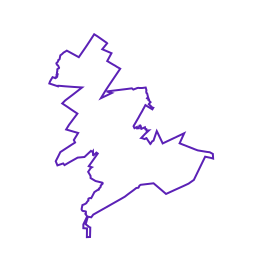 the district of Cerritos, San Luis Potosí, Mexico, rotated 258°
{"feature_id": "50627088B46085416470033", "entity_name": "Cerritos", "entity_type": "district", "adm_level": 2, "iso_a3": "MEX", "parent_name": "Mexico", "parent_adm1": "San Luis Potosí", "projection": "equal_earth", "projection_center": [-100.272, 22.419], "detail": "fine", "context": "isolated", "style": "outline", "palette": "violet", "viewbox_px": 256, "rotation_deg": 258, "n_neighbors": 0, "source": "geoboundaries", "source_scale": "gbopen_adm2", "svg_char_len": 4260}
<svg xmlns="http://www.w3.org/2000/svg" viewBox="0 0 256 256"><g transform="rotate(258 128 128)"><path d="M217.8,123.0L218.3,122.5L220.9,120.1L224.1,117.1L226.7,114.4L220.8,108.5L215.9,103.5L207.5,94.6L214.8,86.1L216.4,84.2L215.9,82.9L215.1,80.5L214.2,79.2L213.1,76.9L209.6,75.4L209.2,74.9L208.9,73.9L208.2,73.7L207.0,72.7L206.5,71.7L206.2,71.4L204.8,71.6L203.6,72.6L201.3,73.1L200.8,72.8L200.3,71.2L199.4,70.8L198.5,70.8L197.7,70.3L196.3,69.8L195.4,70.4L195.2,70.0L194.7,69.1L193.7,69.7L193.3,69.0L192.9,69.1L192.8,68.9L192.7,68.3L192.3,68.5L191.8,67.4L192.7,65.9L193.4,64.8L192.5,63.9L191.6,63.1L190.2,61.8L189.6,61.3L187.9,60.3L185.7,64.1L183.3,68.2L183.8,68.5L183.5,69.7L183.0,71.4L182.1,74.3L179.6,82.9L177.2,91.5L172.0,80.8L168.0,72.3L165.7,68.8L161.1,73.3L157.6,76.6L152.6,81.5L143.3,70.9L139.4,67.2L133.5,78.2L127.5,72.5L124.8,73.2L124.1,71.4L123.5,69.7L118.5,56.8L114.8,53.9L110.5,50.4L106.1,51.2L106.8,57.2L104.9,58.2L106.8,63.9L109.5,72.6L108.9,77.6L108.7,79.4L113.3,87.0L112.0,88.2L112.6,88.9L108.8,88.2L108.5,88.6L109.2,89.8L110.5,92.0L109.3,93.1L98.8,81.7L97.1,84.5L96.7,83.5L96.4,83.0L93.4,79.9L89.0,81.4L86.8,81.0L82.9,85.2L79.9,91.4L79.6,91.5L79.4,91.7L79.3,91.8L79.1,91.7L78.8,91.5L78.6,91.4L78.5,91.2L78.4,91.0L78.3,90.8L78.3,90.5L78.2,90.4L78.0,90.2L77.9,90.1L77.7,90.0L77.6,89.8L77.5,89.7L77.4,89.4L77.1,89.2L76.8,89.2L76.3,89.1L76.1,89.0L75.9,88.8L75.8,88.7L75.7,88.6L75.6,88.3L75.4,88.0L75.0,87.6L74.9,87.5L74.9,87.2L74.7,86.9L74.5,86.7L74.4,86.6L74.2,86.5L73.8,86.6L73.7,86.4L73.8,86.2L73.8,85.9L73.7,85.7L73.6,85.4L73.6,85.1L72.3,81.8L68.5,78.7L67.0,77.4L67.1,77.1L67.3,76.8L67.3,76.7L67.3,76.4L67.3,76.2L67.4,75.8L67.4,75.7L67.3,75.2L67.2,75.0L67.1,74.8L67.1,74.7L66.9,74.5L66.8,74.4L66.7,74.4L66.4,74.3L66.2,74.3L65.9,74.3L65.7,74.2L65.4,74.2L65.2,74.1L65.1,73.9L65.0,73.7L64.9,73.5L64.8,73.3L64.3,72.7L63.9,72.3L63.8,72.2L63.7,72.1L63.6,71.9L63.3,71.7L63.1,71.6L62.8,70.7L62.5,69.8L62.1,67.4L58.7,65.9L57.8,65.7L56.8,66.0L56.1,66.8L55.5,68.7L55.3,68.9L55.0,69.4L52.5,68.9L52.5,68.6L50.0,69.7L43.0,64.3L39.3,63.5L38.3,67.0L29.8,65.1L29.3,68.2L38.5,70.4L38.8,69.8L42.7,66.6L49.6,70.3L48.3,73.5L50.5,76.0L60.1,106.4L61.4,110.4L61.6,110.9L63.2,114.2L66.1,120.6L67.6,123.7L67.4,125.7L67.5,125.9L69.1,127.1L69.3,127.4L69.8,128.6L68.7,140.4L68.6,141.5L60.7,147.6L55.6,151.5L56.2,154.2L57.7,160.9L59.7,170.1L61.0,175.7L63.1,180.6L63.5,181.6L83.9,197.5L81.5,202.9L80.4,204.9L85.0,205.6L87.3,202.9L88.3,200.0L91.6,191.6L93.3,188.9L102.3,175.3L111.2,181.9L105.7,158.7L106.7,158.5L116.7,156.1L119.0,155.5L111.0,150.7L110.4,150.4L110.3,150.2L110.2,149.9L110.1,149.5L109.9,148.8L109.2,148.1L108.0,147.0L108.0,146.8L107.8,146.5L114.3,143.9L114.3,143.7L114.2,143.6L114.1,143.3L114.1,143.2L114.0,142.9L114.0,142.7L113.9,142.4L113.7,142.2L113.7,141.9L114.0,141.4L114.4,140.9L114.6,140.5L114.7,140.3L114.9,140.1L115.1,139.7L115.2,139.4L115.4,139.2L115.5,138.9L118.8,143.7L121.3,147.9L121.6,145.6L123.0,145.7L123.1,145.0L123.5,145.0L123.6,144.7L125.2,144.7L124.8,142.8L124.4,140.9L125.0,140.8L125.9,140.8L127.0,140.9L127.9,140.6L127.9,139.7L127.2,139.6L127.1,140.1L126.9,140.0L127.0,139.8L126.2,137.4L125.6,137.9L125.8,135.9L125.7,135.8L127.0,136.4L126.5,134.3L126.8,134.2L128.6,133.8L129.5,134.5L130.3,135.3L134.5,139.1L136.7,141.1L136.9,141.2L139.4,143.4L140.7,144.6L141.6,145.4L142.2,145.9L142.4,146.1L142.7,146.3L143.0,146.5L144.5,147.9L145.0,148.3L146.8,149.8L145.8,150.8L145.0,151.6L144.2,152.5L142.6,154.2L141.2,155.7L142.5,156.9L142.9,156.1L143.9,155.4L145.0,154.7L146.0,154.0L147.0,153.3L147.6,154.0L148.6,155.4L149.5,154.8L149.8,154.6L150.2,154.5L150.6,154.4L151.1,154.4L151.2,154.1L151.6,154.4L152.0,154.1L152.7,153.2L153.1,152.8L153.5,153.3L153.3,153.5L153.2,153.7L153.4,153.9L153.4,154.1L154.4,154.0L155.0,154.0L157.8,153.9L158.0,153.8L158.2,153.5L158.5,153.3L160.3,153.5L160.6,153.6L161.1,153.9L163.9,153.7L164.2,150.0L164.8,147.3L165.1,146.6L165.2,145.3L165.1,145.1L164.5,141.2L166.0,140.0L166.4,134.9L168.2,114.7L165.6,119.5L162.8,107.7L169.5,114.0L175.1,119.7L179.7,124.5L180.0,124.8L187.6,132.7L188.8,131.4L190.1,129.9L191.0,129.0L191.7,128.3L192.9,126.9L194.1,125.6L195.1,124.5L196.8,122.7L197.8,121.6L204.6,127.4L210.4,119.2L215.2,125.2L216.0,124.7L217.5,123.2L217.8,123.0Z" fill="none" stroke="#5b21b6" stroke-width="2"/></g></svg>